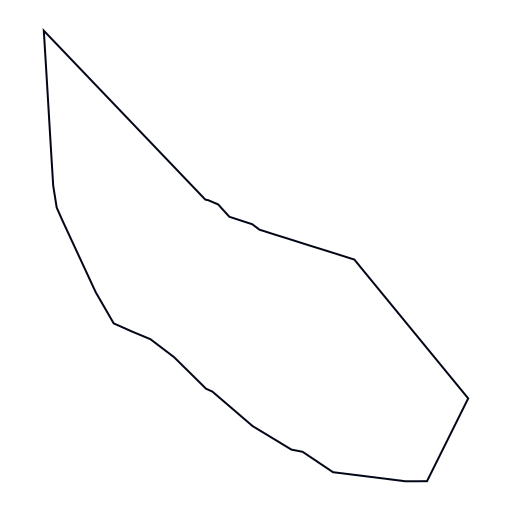 outline of San Andrés Zabache, Oaxaca, Mexico
{"feature_id": "50627088B34708786687767", "entity_name": "San Andrés Zabache", "entity_type": "district", "adm_level": 2, "iso_a3": "MEX", "parent_name": "Mexico", "parent_adm1": "Oaxaca", "projection": "robinson", "projection_center": [-96.861, 16.605], "detail": "fine", "context": "isolated", "style": "outline", "palette": "ink", "viewbox_px": 512, "rotation_deg": 0, "n_neighbors": 0, "source": "geoboundaries", "source_scale": "gbopen_adm2", "svg_char_len": 656}
<svg xmlns="http://www.w3.org/2000/svg" viewBox="0 0 512 512"><path d="M43.8,30.7L46.5,74.7L51.0,150.1L53.2,185.7L56.7,207.6L62.6,220.9L95.7,292.2L113.7,323.4L132.6,331.8L150.4,339.2L174.1,357.2L206.0,388.7L212.4,391.6L252.6,426.1L291.4,449.6L302.6,451.8L333.0,472.2L364.4,476.1L405.6,481.3L427.0,481.2L468.2,398.4L360.9,267.6L355.8,261.3L354.4,259.6L345.6,256.8L332.6,252.7L316.0,247.5L315.3,247.3L307.0,244.7L296.0,241.2L289.4,239.1L282.0,236.8L273.3,234.1L268.3,232.5L265.9,231.7L259.5,229.7L252.2,224.2L243.8,221.5L229.4,216.8L221.9,208.6L218.3,204.5L208.2,200.2L205.3,199.6L200.9,195.0L43.8,30.7Z" fill="none" stroke="#020617" stroke-width="2"/></svg>